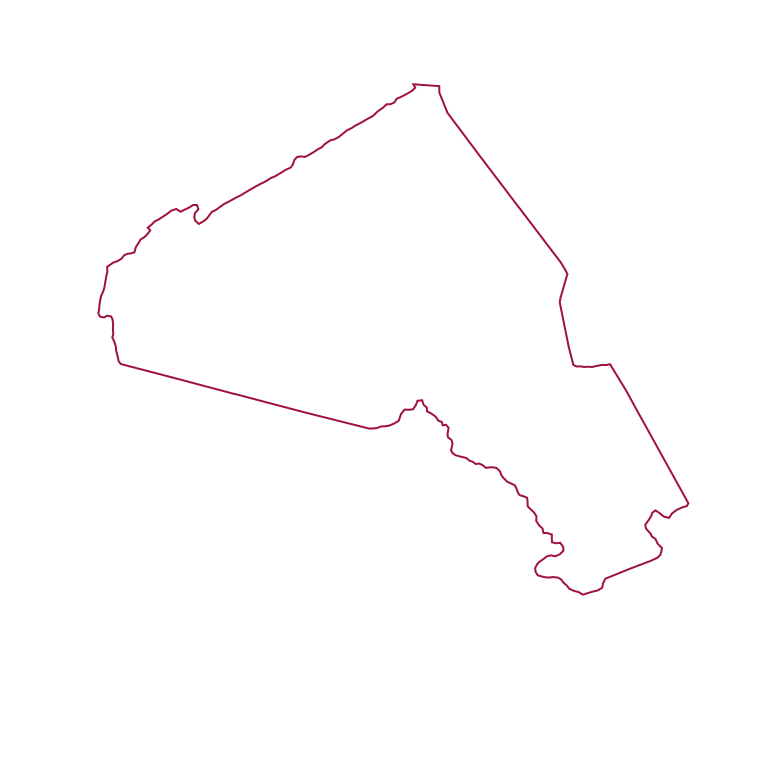 the district of Quijingue, Bahia, Brazil, rotated 69°
{"feature_id": "56859067B85508480609992", "entity_name": "Quijingue", "entity_type": "district", "adm_level": 2, "iso_a3": "BRA", "parent_name": "Brazil", "parent_adm1": "Bahia", "projection": "natural_earth1", "projection_center": [-39.021, -10.812], "detail": "fine", "context": "isolated", "style": "outline", "palette": "rose", "viewbox_px": 768, "rotation_deg": 69, "n_neighbors": 0, "source": "geoboundaries", "source_scale": "gbopen_adm2", "svg_char_len": 3513}
<svg xmlns="http://www.w3.org/2000/svg" viewBox="0 0 768 768"><g transform="rotate(69 384 384)"><path d="M271.1,622.5L304.8,575.5L338.8,528.5L341.4,524.6L349.9,512.9L382.3,467.9L420.5,413.5L422.6,406.7L422.6,402.0L423.7,398.6L424.7,394.4L424.5,388.3L423.6,383.4L420.3,380.7L417.9,378.6L415.3,373.9L417.1,369.7L418.0,365.9L415.3,362.0L411.7,358.8L412.8,354.2L417.5,354.5L421.4,352.5L425.0,353.6L428.6,350.4L433.0,347.5L437.7,346.4L440.3,343.6L443.6,344.0L444.3,340.7L448.0,339.4L450.9,341.1L454.0,342.9L456.9,343.3L460.5,341.0L464.3,341.4L467.3,343.4L469.8,345.2L472.7,344.9L476.0,342.9L479.6,338.1L482.4,333.8L486.3,331.6L488.4,329.0L491.5,327.2L492.4,323.6L495.1,321.0L498.7,319.1L500.1,313.7L502.6,309.1L507.1,307.0L511.0,307.1L514.2,306.3L519.3,304.0L522.5,301.0L525.4,298.2L529.2,297.8L533.3,297.9L536.3,297.3L538.7,294.1L541.3,291.3L544.3,291.8L549.6,293.7L553.9,291.8L558.0,289.9L562.1,289.1L566.6,291.0L571.6,289.8L575.7,287.8L580.2,288.5L581.8,284.7L584.6,281.3L588.2,282.6L592.0,283.9L594.5,280.2L595.4,276.4L600.1,275.1L603.9,276.2L605.9,280.7L606.3,285.6L603.7,289.8L603.3,293.7L604.8,298.8L605.6,302.4L607.0,305.5L610.0,308.9L613.9,309.8L617.6,309.1L619.8,306.3L622.3,302.6L623.9,299.2L624.8,295.4L627.0,291.1L630.0,288.6L633.9,287.6L637.8,285.5L641.7,284.3L645.1,280.9L648.0,276.9L651.9,273.8L652.2,269.2L652.6,263.8L653.3,258.5L652.3,253.2L648.9,251.2L645.1,247.2L644.6,221.0L644.7,198.2L644.2,191.0L642.7,187.4L639.9,185.2L636.7,183.2L633.9,184.6L630.9,185.8L625.9,186.1L622.6,188.5L619.0,188.8L615.6,190.2L612.5,191.2L609.0,190.5L606.4,186.5L603.2,182.1L600.3,179.6L599.3,175.8L603.9,172.6L607.8,170.5L611.1,165.9L608.1,161.6L606.4,155.7L606.1,149.7L606.5,145.1L604.4,142.6L575.6,146.6L562.9,148.4L537.7,151.9L492.0,158.3L477.6,160.2L446.5,165.9L446.0,169.6L444.2,173.9L443.3,179.4L442.7,183.6L441.1,187.0L439.9,190.9L437.9,194.4L436.7,197.8L434.1,200.4L415.3,198.2L370.9,190.7L367.0,188.5L351.4,176.7L347.2,173.4L342.1,173.9L333.3,175.5L322.2,178.8L270.7,193.8L262.0,196.4L202.4,213.7L153.8,227.5L145.4,227.7L131.9,227.9L125.7,225.7L114.7,249.2L118.6,248.7L120.1,252.1L120.9,255.9L121.6,260.7L122.1,265.7L122.3,269.9L124.8,273.4L125.1,277.7L123.8,281.4L125.6,285.7L127.2,292.0L129.8,298.2L130.6,304.6L131.8,311.7L132.5,318.1L133.5,322.6L133.8,327.2L135.3,331.9L137.2,337.6L137.8,342.7L137.3,346.5L138.2,350.9L139.1,354.2L140.7,357.1L141.1,361.3L142.4,366.9L143.2,371.8L143.7,376.3L141.9,379.7L140.9,383.7L142.6,387.2L146.6,390.6L148.5,393.6L148.8,399.0L149.8,404.0L150.5,407.9L151.1,411.6L151.1,415.6L152.0,419.6L152.6,423.5L152.9,427.7L153.4,431.3L154.0,435.5L154.9,441.0L155.4,444.2L156.5,450.0L156.9,454.8L157.5,459.3L158.1,463.4L158.6,468.4L159.8,473.2L161.3,478.7L161.6,482.9L163.9,486.7L165.9,489.8L167.3,493.8L168.2,499.5L163.8,501.7L160.2,501.3L156.7,499.3L154.3,494.6L149.9,494.5L148.5,498.0L149.5,503.0L149.8,507.9L150.3,512.1L146.2,515.2L145.9,520.3L147.6,525.8L148.4,529.7L149.6,535.3L150.1,539.9L151.7,543.4L153.4,548.5L156.8,547.2L158.8,550.3L160.9,554.7L162.0,559.8L164.2,562.3L167.3,566.7L171.6,569.7L171.4,573.3L170.5,576.8L170.7,580.4L172.9,584.2L173.7,588.0L173.7,593.7L175.5,600.6L180.2,602.0L183.5,604.5L186.9,606.4L191.0,608.9L193.9,610.6L197.2,613.2L200.1,616.3L203.7,618.7L207.7,621.0L211.6,622.9L215.8,625.4L219.4,624.9L221.5,621.6L221.0,618.1L223.2,614.5L226.2,614.3L230.4,615.2L235.7,617.4L240.5,618.9L243.2,621.0L246.5,620.7L250.5,620.7L253.4,621.1L256.7,622.0L260.4,622.5L263.9,622.9L267.6,623.6L271.1,622.5Z" fill="none" stroke="#9f1239" stroke-width="2"/></g></svg>